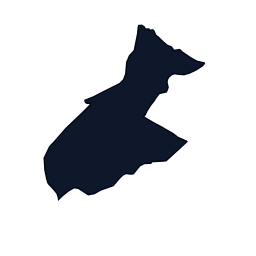 outline of Bendasi, Central Darfur, Sudan, rotated 31°
{"feature_id": "16777658B55033891828638", "entity_name": "Bendasi", "entity_type": "district", "adm_level": 2, "iso_a3": "SDN", "parent_name": "Sudan", "parent_adm1": "Central Darfur", "projection": "albers", "projection_center": [22.811, 12.051], "detail": "fine", "context": "isolated", "style": "filled", "palette": "ink", "viewbox_px": 256, "rotation_deg": 31, "n_neighbors": 0, "source": "geoboundaries", "source_scale": "gbopen_adm2", "svg_char_len": 1698}
<svg xmlns="http://www.w3.org/2000/svg" viewBox="0 0 256 256"><g transform="rotate(31 128 128)"><path d="M84.4,34.7L85.8,38.2L87.7,42.1L93.5,58.3L93.1,60.5L92.1,65.1L92.4,67.6L92.8,69.9L93.0,72.0L98.3,82.9L99.4,88.8L98.1,94.2L95.6,98.1L91.8,104.1L88.9,108.7L87.4,111.1L82.1,119.6L81.2,120.7L79.8,122.6L79.5,122.9L78.3,124.6L78.2,124.7L77.9,125.2L77.7,125.4L77.6,125.5L77.4,125.7L77.3,125.9L77.2,125.9L76.9,126.4L77.8,127.5L78.9,128.0L80.1,127.9L81.7,127.0L83.2,126.4L83.9,126.3L84.0,126.3L83.7,127.3L83.7,127.7L81.8,135.7L75.8,157.6L75.8,157.8L75.0,160.7L72.2,176.4L70.5,184.4L71.7,197.0L75.7,202.7L75.8,202.8L78.3,206.6L79.5,207.9L80.7,209.3L82.5,211.1L84.2,213.1L85.8,214.5L87.4,216.1L89.1,216.9L90.6,217.3L93.7,218.2L95.4,218.7L98.7,219.8L101.0,220.7L101.7,221.3L102.9,222.4L104.0,223.4L104.6,224.0L105.3,224.9L105.6,223.8L106.6,219.8L109.4,212.4L112.4,207.0L116.4,205.2L128.3,205.6L132.8,201.7L136.5,195.2L145.0,184.9L145.6,181.1L146.4,176.1L147.6,171.2L149.8,167.9L154.2,166.0L156.1,164.4L157.5,154.5L160.2,150.0L165.7,146.4L165.8,144.5L175.3,138.1L177.5,136.4L180.2,127.2L185.5,109.4L185.0,109.2L179.2,109.9L175.6,110.4L169.7,109.7L156.8,109.9L146.6,110.4L140.2,110.4L135.8,110.4L135.3,110.4L135.4,110.1L135.9,107.7L135.4,103.6L135.6,96.7L136.3,91.3L136.3,88.5L136.9,82.4L142.2,77.3L142.0,75.2L141.4,72.5L137.9,68.9L136.9,66.7L136.6,63.7L137.9,59.8L139.7,57.5L143.7,55.8L148.5,53.4L152.4,49.2L156.5,42.9L159.8,36.2L160.2,33.3L159.8,33.0L152.8,35.3L145.4,35.6L135.4,35.0L131.9,34.2L127.4,37.9L123.4,36.2L119.2,37.0L113.3,36.0L107.5,34.6L103.9,34.2L100.0,31.4L98.6,31.1L96.3,33.3L94.8,32.4L92.1,34.4L89.7,33.0L87.0,32.9L84.4,34.7Z" fill="#0f172a" stroke="#020617" stroke-width="1.5"/></g></svg>